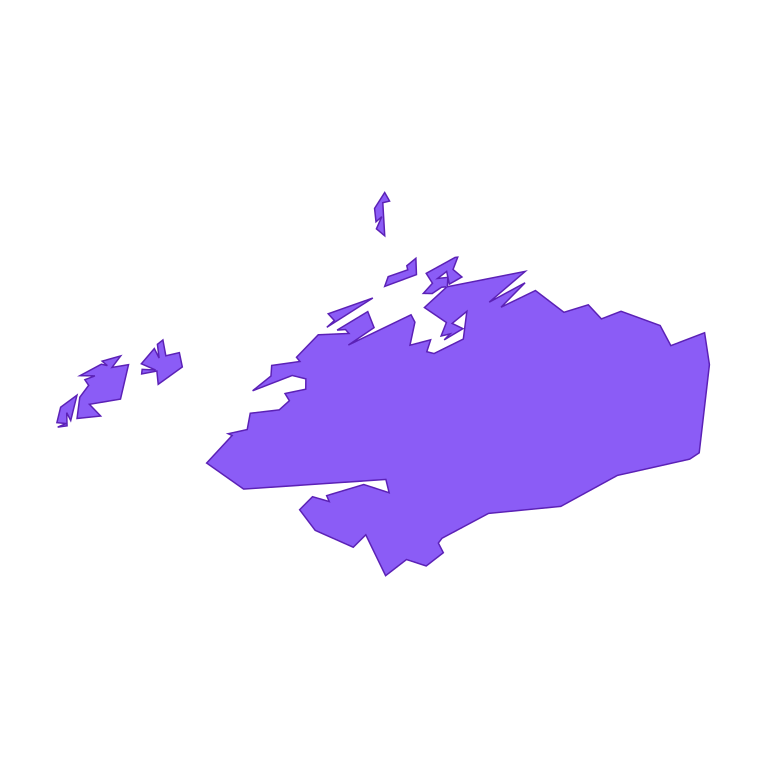 the district of Bjugn nor, Sør-Trøndelag, Norway, rotated 5°
{"feature_id": "86288312B97318118947912", "entity_name": "Bjugn nor", "entity_type": "district", "adm_level": 2, "iso_a3": "NOR", "parent_name": "Norway", "parent_adm1": "Sør-Trøndelag", "projection": "orthographic", "projection_center": [9.771, 63.825], "detail": "medium", "context": "isolated", "style": "filled", "palette": "violet", "viewbox_px": 768, "rotation_deg": 5, "n_neighbors": 0, "source": "geoboundaries", "source_scale": "gbopen_adm2", "svg_char_len": 1959}
<svg xmlns="http://www.w3.org/2000/svg" viewBox="0 0 768 768"><g transform="rotate(5 384 384)"><path d="M402.3,574.8L421.7,556.9L441.9,561.6L457.8,546.9L452.0,537.7L455.2,532.6L499.4,503.8L570.8,490.5L624.5,454.7L695.1,432.2L704.0,425.1L706.5,336.4L698.9,305.0L666.4,320.8L654.0,301.7L613.8,290.9L594.9,300.2L580.6,287.3L557.0,296.9L526.7,277.7L493.9,297.3L515.7,270.9L481.7,293.3L514.9,259.5L438.6,281.6L438.3,272.2L428.2,274.2L436.6,266.4L440.4,278.8L452.3,270.6L442.8,263.9L446.4,251.2L443.8,251.7L416.4,270.1L423.5,279.4L415.3,290.3L424.1,289.7L432.9,282.6L436.7,281.9L437.3,282.7L417.6,304.3L440.8,317.3L436.7,331.2L445.5,328.3L440.1,334.8L457.8,322.0L446.6,317.7L460.2,304.4L459.1,332.3L431.2,349.3L423.8,348.1L426.6,335.9L406.5,343.1L409.4,319.7L404.9,312.7L345.1,348.3L369.2,328.7L361.5,313.3L332.6,334.4L340.9,333.1L344.7,336.7L314.2,340.7L294.5,365.0L298.3,368.9L270.5,375.3L270.7,385.9L253.7,402.2L291.8,383.5L305.7,385.7L306.5,396.0L286.2,402.1L291.2,408.9L281.9,418.9L253.3,424.8L251.7,441.3L233.1,447.1L237.2,448.5L214.2,478.2L253.3,500.9L394.2,478.9L398.6,491.9L372.6,485.9L336.6,500.2L339.7,505.9L322.6,502.5L310.9,516.6L328.2,535.8L367.6,549.3L379.0,535.8L402.3,574.8ZM119.2,379.0L101.2,385.8L106.8,389.8L100.7,388.9L80.4,402.2L95.3,401.1L85.6,405.8L89.9,411.1L82.1,423.7L81.2,445.1L104.5,440.6L92.3,429.9L122.8,422.0L127.8,387.0L111.6,391.2L119.2,379.0ZM159.9,359.4L154.8,364.2L157.7,377.8L152.1,368.7L140.5,385.0L155.3,390.0L141.8,390.5L141.7,395.1L156.6,390.9L159.1,404.0L181.6,384.6L177.4,370.6L164.2,374.9L159.9,359.4ZM365.4,299.3L322.3,318.9L329.0,325.1L322.1,332.5L365.4,299.3ZM406.8,272.2L404.8,256.0L396.4,264.2L397.7,268.2L378.8,276.7L376.2,286.7L406.8,272.2ZM368.0,193.2L359.3,209.9L361.9,223.1L367.2,217.5L362.9,230.1L371.8,236.3L367.0,203.5L373.6,201.3L368.0,193.2ZM79.1,421.9L63.9,435.3L61.5,451.0L70.7,451.1L62.7,455.4L71.9,453.3L70.4,440.2L75.1,447.7L79.1,421.9Z" fill="#8b5cf6" stroke="#5b21b6" stroke-width="1.5"/></g></svg>